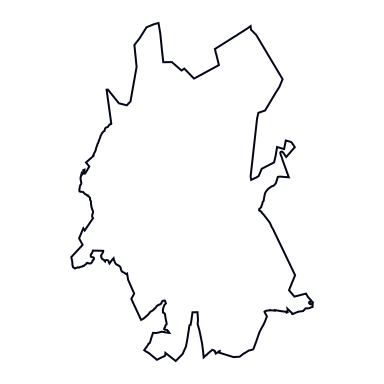 Las Rosas, Chiapas, Mexico
{"feature_id": "50627088B5732742459943", "entity_name": "Las Rosas", "entity_type": "district", "adm_level": 2, "iso_a3": "MEX", "parent_name": "Mexico", "parent_adm1": "Chiapas", "projection": "equal_earth", "projection_center": [-92.384, 16.369], "detail": "fine", "context": "isolated", "style": "outline", "palette": "ink", "viewbox_px": 384, "rotation_deg": 0, "n_neighbors": 0, "source": "geoboundaries", "source_scale": "gbopen_adm2", "svg_char_len": 5864}
<svg xmlns="http://www.w3.org/2000/svg" viewBox="0 0 384 384"><path d="M250.6,26.1L247.3,28.5L237.7,34.6L237.2,35.1L233.7,37.1L232.2,38.1L221.4,44.9L214.9,49.0L215.2,49.8L215.9,53.5L216.2,54.0L217.3,58.5L218.9,65.1L194.0,78.6L184.3,68.6L181.5,70.5L171.9,62.1L163.3,62.2L162.2,52.6L160.3,33.7L159.8,30.7L158.5,23.0L154.0,24.2L146.5,27.3L139.3,38.7L134.4,45.0L136.6,66.9L130.7,100.2L130.4,101.5L126.8,105.3L118.9,103.3L107.9,89.6L106.6,89.7L111.3,123.8L111.1,124.1L110.6,124.2L110.3,124.1L109.8,124.3L109.5,124.6L109.4,124.9L109.0,125.2L107.9,126.8L107.5,127.1L106.2,127.5L105.5,128.0L105.1,128.6L104.6,130.6L104.5,130.9L103.7,131.3L103.4,131.6L102.0,133.2L101.2,134.8L100.9,135.3L100.4,136.4L100.2,137.5L99.1,140.1L98.1,143.0L97.4,144.2L97.2,145.2L96.5,147.1L95.9,148.8L95.9,149.4L95.3,151.1L93.2,155.3L93.6,155.8L86.0,162.5L89.3,166.5L87.0,170.4L85.4,173.0L85.0,173.5L84.8,173.7L84.7,173.7L84.3,171.6L84.2,171.5L84.4,169.7L83.2,170.2L83.8,171.7L83.6,172.6L83.4,172.8L83.2,173.3L83.3,173.6L82.8,173.9L82.5,173.2L82.9,172.9L82.3,172.5L82.0,172.4L81.8,172.7L81.7,173.7L81.2,174.9L81.6,175.2L81.4,175.6L81.1,175.9L80.8,176.6L80.5,178.1L80.8,180.6L81.3,182.7L81.2,183.6L81.1,184.2L80.8,184.6L80.4,184.9L80.1,186.0L79.8,186.7L79.8,187.6L79.5,188.7L79.3,189.1L79.4,190.1L79.6,190.7L79.4,191.2L79.5,191.4L80.6,191.8L82.1,191.8L82.7,192.1L83.2,192.1L83.6,192.4L84.2,193.3L85.2,194.1L86.3,194.7L86.7,195.2L87.0,195.4L87.2,195.2L87.7,195.2L87.9,195.4L88.0,195.9L88.3,196.3L88.7,196.4L90.0,197.8L90.1,198.3L90.0,199.0L90.3,200.4L90.8,201.0L90.9,201.4L91.0,202.4L90.9,203.1L91.6,207.7L92.0,208.3L92.1,209.1L92.8,210.8L93.1,211.9L93.0,212.5L92.3,214.6L92.2,216.0L92.2,216.8L92.8,217.7L93.0,218.2L84.7,230.5L83.3,228.3L79.1,238.3L82.6,244.9L71.3,257.1L72.0,260.3L72.4,263.0L72.4,264.8L72.8,266.2L73.0,267.1L74.7,268.4L75.1,268.4L75.6,268.1L76.5,267.9L76.8,267.7L77.7,267.3L78.5,267.6L79.5,267.4L79.9,267.1L82.2,266.5L82.6,266.1L83.2,266.1L84.2,265.7L84.6,265.0L85.9,264.3L86.6,263.2L87.1,262.9L87.7,262.9L88.0,263.3L90.6,263.5L91.0,263.2L91.6,262.7L92.5,261.3L92.5,260.8L92.7,260.4L93.4,259.9L93.9,259.3L94.0,258.7L94.0,258.1L93.7,257.7L93.3,257.4L93.1,257.3L92.2,257.2L91.7,257.1L91.4,257.0L91.0,256.7L90.8,256.4L90.7,255.9L90.9,254.7L91.1,254.2L91.4,253.7L91.8,253.4L92.3,252.4L92.6,252.0L92.8,250.6L103.2,250.8L103.3,251.1L102.8,252.6L102.0,254.0L101.3,255.0L101.1,255.4L101.3,256.1L101.1,256.5L101.2,257.2L102.3,259.1L103.3,259.5L104.0,260.0L104.7,261.2L105.1,261.5L105.2,260.8L105.4,260.5L106.2,260.0L107.7,260.2L108.5,260.9L108.9,262.3L109.5,263.5L112.9,258.8L113.3,258.8L113.6,258.4L114.0,260.3L114.4,260.9L114.5,261.3L114.8,262.2L115.1,262.6L115.4,263.3L116.1,264.2L117.9,265.1L118.3,265.5L119.1,265.8L119.4,266.0L119.8,266.4L120.6,267.6L121.1,270.1L121.8,271.3L122.5,271.9L124.2,272.7L126.2,274.1L127.1,273.6L127.4,275.6L127.6,276.3L127.8,278.2L128.2,280.0L134.2,293.6L131.3,298.9L141.1,319.9L143.6,318.6L148.4,314.4L148.8,313.6L149.3,313.3L149.9,312.3L150.6,311.7L152.4,310.6L153.1,310.2L153.9,309.3L154.2,309.1L154.4,308.6L155.0,308.4L155.6,307.8L156.7,306.1L157.9,305.2L158.5,305.2L158.9,304.7L159.2,304.6L160.6,304.1L161.4,303.1L161.6,302.5L162.0,301.5L162.5,301.0L164.2,300.5L164.9,300.6L165.9,303.4L164.2,305.3L164.0,306.0L163.1,308.7L162.8,310.7L163.0,311.7L162.9,312.2L163.1,312.7L163.9,312.9L164.2,313.1L164.6,313.4L164.9,313.9L164.9,314.5L165.1,314.7L165.2,315.6L165.5,317.8L166.6,323.2L166.6,323.8L166.6,324.3L165.6,325.2L165.2,326.4L165.1,327.0L164.2,328.5L164.1,329.1L164.8,329.7L166.7,329.9L167.3,330.2L168.2,331.2L169.3,332.9L165.4,332.4L164.4,332.1L161.9,331.7L159.5,332.3L156.3,333.0L153.0,332.9L151.5,337.4L149.9,342.7L148.4,344.0L148.5,344.1L146.7,346.7L144.2,350.2L145.8,351.4L148.6,352.9L157.0,359.8L161.0,357.7L165.1,355.8L165.4,352.9L175.7,361.0L182.6,354.0L186.0,346.4L187.3,339.4L188.9,329.1L189.1,327.1L189.6,325.1L190.6,324.9L191.3,321.0L191.9,316.6L192.5,312.3L197.5,312.2L198.0,320.4L197.6,323.9L199.3,330.0L200.0,333.2L201.0,338.1L202.0,343.1L203.0,350.3L203.7,357.4L204.7,356.5L205.0,356.1L205.5,355.8L205.7,355.4L207.0,354.6L207.2,354.3L208.4,353.1L212.3,349.8L214.5,350.7L214.9,351.3L214.7,351.5L215.8,353.6L219.2,351.2L219.4,351.6L219.6,351.5L219.3,352.7L233.6,357.1L239.7,356.7L243.8,353.5L245.1,352.9L248.6,350.6L252.0,349.8L253.2,349.3L253.7,348.3L256.2,341.6L259.2,332.9L260.1,330.8L263.8,324.1L265.0,321.4L266.9,316.4L264.5,311.8L264.8,311.4L265.4,311.1L265.9,311.0L266.4,310.7L268.9,310.4L269.8,310.0L270.1,310.4L271.0,310.3L273.8,310.5L274.8,310.7L274.8,310.1L282.7,311.4L285.8,311.7L286.5,312.7L287.6,312.2L287.2,311.3L287.8,309.9L287.6,308.9L292.1,313.2L292.2,314.0L292.8,314.0L293.0,313.8L293.3,313.8L296.2,312.5L298.8,311.6L302.8,311.1L303.2,311.0L305.4,308.5L306.1,308.3L306.9,308.4L309.2,308.2L311.5,307.2L312.5,307.0L312.7,303.5L311.5,304.1L310.6,304.3L309.9,304.0L309.7,303.7L309.6,303.2L309.1,303.0L309.2,302.0L309.3,301.8L312.2,301.7L307.7,296.6L306.5,294.4L306.0,293.6L294.4,296.6L289.0,290.2L295.1,275.2L272.6,228.3L271.9,227.4L269.9,222.8L268.1,220.4L264.0,215.1L262.6,213.5L262.3,213.3L261.8,212.8L261.6,212.2L261.3,211.8L261.0,211.6L260.7,211.2L259.3,210.6L259.1,210.2L259.1,209.8L259.2,209.1L259.5,208.8L259.9,208.6L260.7,207.5L261.1,207.3L261.3,207.0L261.4,206.0L262.1,204.5L262.5,203.0L262.6,202.2L262.8,201.7L263.5,201.2L264.5,195.8L265.0,193.4L266.0,191.5L268.0,189.0L271.6,186.4L273.3,185.8L274.3,185.1L275.8,183.3L276.5,181.3L277.8,176.9L280.0,176.6L288.8,177.3L282.8,160.7L281.9,157.8L280.4,153.7L280.3,152.6L280.7,151.9L281.2,151.7L281.9,151.6L282.8,152.2L283.9,153.5L284.9,155.2L286.2,157.0L294.8,147.2L291.8,142.6L290.8,141.9L285.8,140.5L284.1,149.1L277.1,147.0L275.7,155.3L274.1,162.4L261.7,168.8L258.7,176.0L256.3,177.5L251.2,179.9L250.6,176.5L257.1,118.3L258.4,112.8L265.1,110.5L275.6,92.9L279.4,86.9L282.6,79.2L256.2,34.9L251.0,29.7L250.6,26.1Z" fill="none" stroke="#020617" stroke-width="2"/></svg>